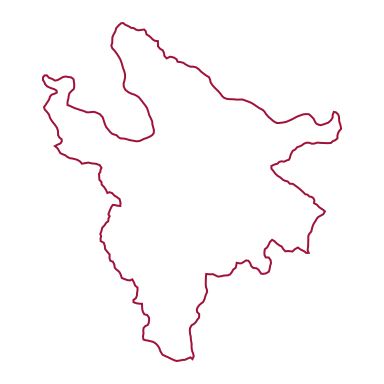 Capelinha, Minas Gerais, Brazil
{"feature_id": "56859067B52370069341142", "entity_name": "Capelinha", "entity_type": "district", "adm_level": 2, "iso_a3": "BRA", "parent_name": "Brazil", "parent_adm1": "Minas Gerais", "projection": "albers", "projection_center": [-42.499, -17.703], "detail": "fine", "context": "isolated", "style": "outline", "palette": "rose", "viewbox_px": 384, "rotation_deg": 0, "n_neighbors": 0, "source": "geoboundaries", "source_scale": "gbopen_adm2", "svg_char_len": 5929}
<svg xmlns="http://www.w3.org/2000/svg" viewBox="0 0 384 384"><path d="M308.7,252.9L307.6,250.2L308.0,247.4L308.2,245.0L308.2,242.5L308.3,239.4L308.3,236.1L309.3,233.8L311.3,231.5L312.0,228.6L312.6,226.3L313.7,223.7L315.5,221.0L316.8,218.7L318.3,217.0L320.4,215.8L323.3,214.2L324.9,211.4L323.0,209.7L320.6,208.2L318.8,206.8L316.8,204.6L314.0,203.2L314.4,200.3L313.4,198.2L311.6,196.9L309.3,196.5L307.6,194.7L305.2,194.2L303.3,192.2L300.7,189.9L298.8,188.2L296.0,186.1L292.9,183.9L289.7,183.7L287.7,181.4L285.0,180.8L283.0,179.8L280.4,177.5L277.6,175.8L275.2,173.5L273.3,170.9L271.4,168.6L271.4,166.0L274.2,164.6L277.5,163.7L279.2,161.9L281.6,161.3L283.9,161.7L286.8,160.4L289.0,159.7L289.9,157.8L290.7,154.6L292.7,150.9L295.2,149.5L297.2,147.2L300.4,146.1L302.2,145.1L303.9,143.7L306.6,142.7L309.3,142.8L311.8,143.7L314.3,143.6L317.3,142.6L320.6,142.9L324.0,143.0L327.8,143.2L331.0,142.9L332.9,141.1L335.1,140.3L337.4,138.4L337.4,135.8L337.9,133.6L339.0,131.3L341.1,128.8L340.4,124.9L339.3,121.7L339.1,119.3L339.0,116.8L338.2,114.5L335.9,112.3L333.8,111.9L332.7,114.9L332.6,117.7L330.9,120.3L328.2,122.7L325.4,123.7L322.8,124.6L320.5,125.2L318.4,124.6L316.3,123.6L315.0,121.7L313.8,119.0L311.4,116.4L308.9,114.2L306.4,114.1L304.3,114.2L302.1,114.7L299.3,115.8L297.3,116.5L294.3,118.1L291.5,119.6L288.7,120.8L286.1,121.9L283.1,122.5L279.0,123.0L276.8,123.0L274.8,122.0L272.8,120.6L271.1,119.1L268.6,117.0L266.0,114.1L264.7,111.9L263.0,110.1L258.8,107.8L253.4,104.1L251.2,102.8L248.3,101.6L242.6,99.5L236.9,99.6L233.7,99.3L228.4,99.1L226.3,98.7L223.9,97.7L222.0,95.9L220.5,93.8L218.3,91.2L216.1,89.1L214.4,87.4L212.4,85.1L210.7,82.6L210.1,79.7L209.0,77.1L206.9,76.0L204.8,74.5L200.9,71.5L199.0,69.4L196.0,67.3L193.2,66.7L190.4,66.7L188.0,65.7L185.4,64.3L183.4,62.8L180.4,62.1L177.5,61.7L176.6,59.3L173.8,57.5L170.1,56.7L166.7,58.4L164.4,55.9L164.0,53.0L162.8,50.4L160.0,48.7L158.0,46.3L157.9,41.1L154.9,40.8L152.8,39.5L150.9,37.5L149.0,35.9L146.5,34.4L145.7,31.1L144.1,29.5L138.6,30.3L136.1,29.7L133.9,28.2L131.1,27.8L128.5,26.2L125.0,24.6L123.2,23.0L121.1,23.3L119.1,25.0L116.3,28.0L115.2,31.7L113.7,34.3L112.4,37.2L112.2,43.2L111.3,45.5L112.2,48.2L114.4,50.5L115.8,52.3L117.4,54.6L118.8,56.8L120.2,59.2L121.5,62.5L123.0,67.8L124.3,71.4L125.0,74.2L125.1,77.2L124.5,80.4L123.6,83.4L123.8,86.8L125.4,89.9L128.7,92.4L132.0,93.9L134.6,94.7L136.9,95.9L139.0,97.4L140.5,99.3L141.9,101.0L143.1,102.7L145.0,105.0L147.0,108.0L148.2,111.4L149.1,114.8L150.6,117.8L152.2,121.4L152.4,124.5L153.9,130.0L153.7,133.3L152.0,135.3L149.8,136.6L146.5,138.1L144.1,138.8L141.2,140.3L139.0,141.1L136.4,141.3L133.8,140.8L131.4,140.4L129.3,140.0L127.1,139.3L124.3,138.6L120.5,138.4L118.4,137.2L116.6,135.2L114.4,134.6L111.9,133.6L110.2,132.0L106.2,127.1L104.9,124.1L102.7,117.3L99.9,114.2L96.6,112.7L94.1,111.9L91.4,112.0L89.3,112.3L86.8,112.3L82.6,110.6L80.5,110.1L78.3,109.3L75.2,108.3L72.2,107.0L69.8,105.8L67.5,105.0L67.5,101.8L68.4,98.5L68.7,95.9L69.3,93.5L71.3,91.2L73.7,89.1L74.2,87.0L74.2,83.7L73.5,79.1L71.0,77.3L68.8,77.1L65.6,76.5L62.8,77.1L59.8,78.9L57.4,80.1L55.0,80.6L52.2,78.9L49.0,77.8L46.9,75.4L44.6,75.4L43.1,77.2L42.9,79.9L44.3,82.0L45.2,84.3L47.2,86.4L49.3,87.4L51.5,88.3L54.1,89.1L56.5,90.5L56.8,92.6L54.3,93.8L51.6,94.7L49.9,96.7L49.4,98.8L48.2,101.0L46.6,103.3L45.4,105.2L44.0,107.1L44.8,109.6L46.5,111.4L49.0,114.5L50.0,117.9L51.3,120.1L52.8,122.2L54.3,124.0L57.0,127.8L58.0,131.0L58.1,135.2L59.6,137.7L61.6,139.2L61.8,141.4L60.5,143.4L57.3,144.8L54.9,146.1L57.3,148.0L58.8,150.4L60.2,153.0L62.2,154.1L65.2,155.2L67.4,157.0L69.9,158.2L72.8,158.6L77.3,159.8L80.2,161.6L81.9,163.7L84.8,163.2L88.4,162.6L91.9,163.4L96.0,163.8L99.7,165.1L101.5,167.9L100.5,169.9L100.3,172.1L99.0,173.7L99.4,179.8L101.4,181.9L101.7,184.6L103.9,186.8L106.1,190.1L107.4,193.0L109.5,192.2L112.1,193.1L114.3,195.5L117.0,197.2L119.6,199.1L120.5,202.7L120.3,206.0L117.5,205.7L115.0,205.1L112.8,204.9L111.4,206.9L110.2,209.5L109.2,212.0L108.4,214.4L109.7,216.2L108.6,218.2L108.2,221.3L106.0,222.9L104.7,225.1L102.3,227.7L101.3,231.5L100.3,234.1L101.2,236.2L100.5,238.7L100.7,241.1L103.8,242.8L104.8,245.9L105.1,249.0L107.3,251.8L109.6,254.4L109.5,258.1L110.4,260.8L112.9,261.7L114.3,264.5L114.7,267.6L116.2,269.4L118.0,270.7L119.6,272.3L120.8,274.9L121.8,278.0L124.6,279.1L127.8,280.2L130.0,280.4L132.3,279.4L134.0,282.6L135.2,285.7L137.5,287.5L137.5,290.5L137.1,292.6L136.9,295.7L135.8,298.3L133.5,299.9L133.5,302.2L136.6,303.3L139.5,303.7L142.0,303.8L142.2,309.0L142.8,311.6L144.3,314.3L147.2,315.0L149.0,317.6L149.1,320.3L148.7,323.2L147.6,325.1L145.3,326.1L143.5,328.1L143.3,330.7L143.5,333.3L143.0,336.3L143.4,339.5L145.4,340.2L147.5,340.5L150.1,341.1L153.3,341.9L156.0,343.7L157.8,345.7L159.2,347.9L160.5,351.5L162.6,354.8L165.0,355.9L167.7,357.1L170.5,358.5L174.4,360.3L176.7,361.0L180.5,360.4L182.8,359.9L185.1,359.8L187.7,358.5L190.5,357.4L192.4,359.1L193.7,356.4L193.2,353.6L192.1,350.9L191.6,347.9L191.6,343.5L190.9,339.6L190.7,336.4L190.1,334.0L189.8,330.9L190.0,328.2L191.6,325.3L194.1,323.8L195.8,322.2L197.2,319.8L199.1,317.5L199.2,314.1L197.1,311.9L196.8,309.7L197.5,307.6L199.1,305.3L201.1,303.5L203.1,302.1L204.5,299.2L205.4,296.0L206.2,293.9L207.1,292.0L206.9,289.7L206.0,287.1L205.7,283.6L205.9,277.5L206.2,274.0L209.1,274.3L213.1,274.2L215.9,275.6L218.1,276.6L220.8,276.3L223.5,275.6L228.1,275.3L230.1,274.4L231.8,272.2L233.3,269.5L235.6,267.9L236.3,265.3L236.7,262.8L239.3,263.3L241.5,263.3L243.9,261.8L246.1,260.4L248.5,260.8L250.3,263.4L251.2,266.0L253.2,267.9L256.6,268.3L258.7,269.9L259.8,271.7L261.1,273.6L263.1,273.9L265.9,273.4L268.8,271.7L269.6,269.1L270.1,266.1L271.0,263.1L270.6,260.2L268.7,257.5L265.7,257.4L264.5,255.0L264.4,252.3L264.8,249.3L267.1,247.5L268.8,244.5L269.9,242.0L272.1,239.8L274.5,241.2L276.8,243.5L279.4,245.4L281.8,246.6L283.2,249.1L285.3,251.3L288.0,251.0L292.4,251.5L294.9,249.2L297.9,247.5L300.3,249.3L302.2,250.3L304.2,251.3L306.2,252.9L308.7,252.9Z" fill="none" stroke="#9f1239" stroke-width="2"/></svg>